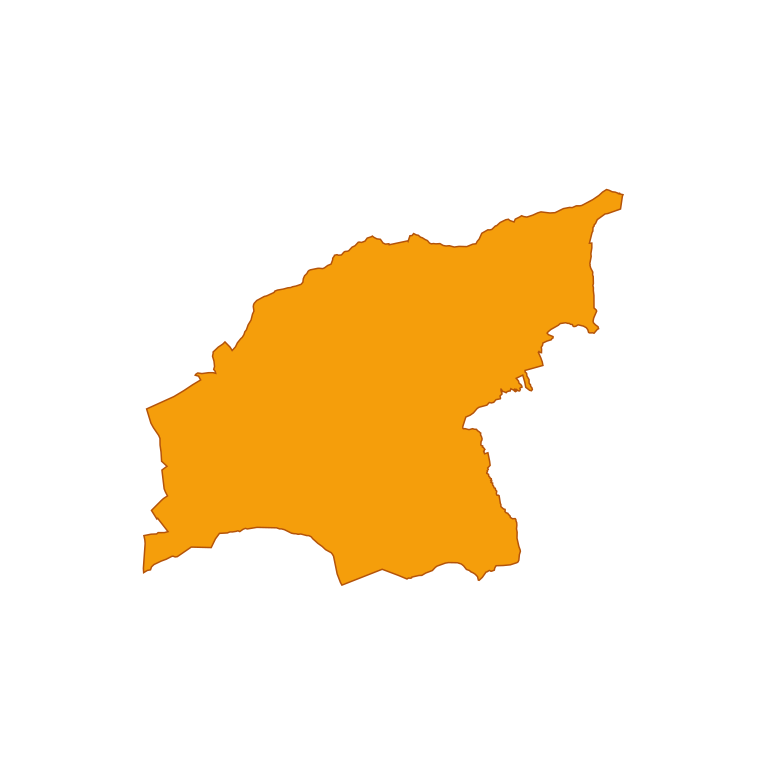 Francesti, Vâlcea, Romania, rotated 117°
{"feature_id": "2599482B2932687396004", "entity_name": "Francesti", "entity_type": "district", "adm_level": 2, "iso_a3": "ROU", "parent_name": "Romania", "parent_adm1": "Vâlcea", "projection": "albers", "projection_center": [24.139, 45.02], "detail": "fine", "context": "isolated", "style": "filled", "palette": "amber", "viewbox_px": 768, "rotation_deg": 117, "n_neighbors": 0, "source": "geoboundaries", "source_scale": "gbopen_adm2", "svg_char_len": 6171}
<svg xmlns="http://www.w3.org/2000/svg" viewBox="0 0 768 768"><g transform="rotate(117 384 384)"><path d="M661.2,512.5L657.5,510.2L655.6,507.7L652.4,508.1L649.3,507.0L642.9,502.1L639.0,498.5L633.9,494.8L633.2,493.8L632.9,491.6L631.7,489.8L616.8,481.7L608.2,463.7L598.6,463.9L591.8,462.8L587.8,455.9L585.8,454.2L584.7,452.0L582.4,448.8L581.1,447.5L581.0,445.5L577.4,443.6L575.6,442.0L575.2,440.0L569.4,432.1L560.9,414.4L560.5,411.2L559.7,409.8L559.0,406.6L558.9,398.7L558.3,396.4L557.4,394.5L556.9,392.3L555.4,390.0L554.1,383.9L553.2,382.1L553.2,379.4L554.2,377.3L556.0,370.6L556.8,365.3L558.1,360.9L558.3,354.4L559.1,352.7L560.3,350.8L574.5,339.5L580.7,332.6L582.3,330.2L549.9,301.5L548.0,284.3L547.3,275.0L545.9,274.2L544.8,271.9L544.2,271.4L543.4,271.5L538.8,266.0L537.3,263.4L533.5,261.0L528.2,256.2L524.0,255.0L522.1,254.0L515.7,248.0L513.8,245.4L509.9,237.4L509.3,233.3L509.9,230.5L511.8,226.4L511.4,223.1L511.9,221.6L511.8,218.6L512.1,216.3L513.2,213.2L515.9,210.9L515.7,210.1L511.6,208.6L505.3,207.7L504.3,206.7L502.5,205.7L502.2,205.2L502.3,203.9L501.9,203.1L499.8,201.2L497.5,201.8L495.0,201.6L491.6,195.4L487.8,189.4L482.9,184.5L481.6,183.8L479.7,183.9L474.6,185.9L471.2,186.5L470.1,187.3L467.5,190.1L461.0,195.5L455.6,198.1L452.9,200.2L449.5,201.5L447.2,202.9L446.2,204.1L444.8,205.1L444.4,206.0L445.7,208.4L445.5,210.8L444.4,211.7L443.5,214.3L443.0,214.9L443.3,216.7L442.7,218.4L441.2,218.8L440.7,219.4L441.1,220.6L440.3,223.7L440.0,224.3L438.4,225.1L437.5,226.2L431.3,230.7L431.2,231.8L431.7,232.5L431.7,233.2L430.5,234.2L428.3,234.9L427.9,236.3L426.4,237.5L426.5,238.8L425.2,240.1L424.9,241.2L422.9,242.3L423.2,243.2L423.0,244.1L421.5,243.9L421.5,245.1L420.2,245.0L419.7,245.4L419.8,246.6L419.1,247.2L418.7,248.7L417.0,249.9L417.0,251.8L416.4,252.2L415.2,252.0L414.6,252.7L412.8,252.3L411.8,253.5L408.3,252.5L404.9,254.8L398.1,260.2L400.5,262.7L398.7,264.7L398.1,264.3L397.5,264.7L396.5,264.4L395.3,267.0L395.5,267.6L394.4,268.0L394.6,269.5L394.1,270.2L391.1,271.4L389.5,271.3L388.2,271.8L386.3,273.6L385.9,274.6L383.8,275.6L383.9,276.1L383.4,277.3L383.1,279.5L382.4,281.0L383.3,283.0L383.6,284.8L385.8,287.2L386.3,288.3L387.0,291.7L387.7,292.5L387.8,293.2L387.6,293.7L386.1,294.5L376.3,296.1L372.7,293.1L369.1,291.2L363.6,289.9L361.6,288.8L356.1,282.7L352.7,281.8L352.1,279.7L350.5,277.9L347.1,277.1L344.4,273.7L343.8,273.7L342.0,275.2L339.3,274.3L336.7,276.8L335.5,277.4L335.4,277.1L336.9,274.8L336.4,274.0L336.3,271.2L334.9,270.8L333.4,269.3L333.1,268.5L330.6,268.8L330.7,266.9L330.4,266.2L331.1,264.3L331.1,263.3L330.3,262.9L330.0,265.4L329.3,265.3L329.2,264.5L328.7,263.9L329.1,261.8L328.9,260.4L328.5,260.0L327.1,260.0L326.3,260.9L325.2,260.8L324.4,259.6L323.4,260.1L322.4,261.8L322.0,264.0L320.3,265.5L318.9,268.8L313.1,264.4L318.7,259.2L322.6,256.2L323.5,251.4L323.1,249.6L321.6,249.3L320.2,250.5L319.6,252.1L318.0,253.3L318.0,253.9L317.3,255.1L314.2,256.8L312.0,260.3L309.7,261.8L309.3,263.6L307.9,264.5L295.3,250.8L292.5,253.0L289.4,256.3L285.7,260.9L284.6,260.7L285.0,259.2L284.6,257.9L281.6,259.3L279.8,260.6L277.7,260.3L275.3,261.0L271.8,258.3L268.7,255.1L267.0,254.9L266.2,254.3L265.0,254.9L265.4,259.9L264.6,261.8L262.8,261.4L259.7,260.1L252.6,255.4L250.1,254.4L247.0,250.0L246.5,247.6L245.9,246.6L246.1,244.8L245.5,243.2L246.7,241.6L246.6,240.8L245.5,239.3L243.8,238.4L243.1,237.7L241.9,232.7L242.0,229.3L243.1,227.1L245.1,225.2L245.2,224.3L244.4,222.5L243.8,221.8L243.4,219.9L238.5,218.7L237.3,217.9L235.8,219.3L235.3,222.4L234.4,225.1L233.2,226.2L230.0,227.1L222.5,227.6L221.7,228.5L220.9,231.4L209.9,237.1L205.7,239.9L203.0,241.2L201.5,242.6L199.5,243.0L193.2,246.4L192.2,247.6L189.5,248.8L186.9,252.4L184.7,254.4L184.1,254.5L183.2,255.3L176.3,257.3L174.0,258.8L168.4,260.6L164.1,262.8L165.3,264.9L154.5,267.4L153.1,267.3L149.5,268.9L148.2,268.5L146.5,269.0L145.2,268.4L140.7,268.6L132.1,264.2L130.6,262.1L120.7,252.7L108.6,256.8L106.8,257.0L107.5,259.7L107.2,260.3L107.8,260.7L107.3,261.2L108.0,261.9L107.8,262.7L108.1,265.2L109.1,267.9L109.2,271.4L109.7,274.0L113.8,276.4L118.4,278.1L125.1,281.8L135.2,288.9L136.4,290.5L138.0,293.6L141.4,296.4L142.4,298.8L146.3,303.8L153.7,309.4L156.3,313.8L159.4,322.3L161.7,324.7L166.0,328.1L170.4,332.5L171.4,335.6L171.6,337.8L173.8,339.1L177.5,341.9L180.6,341.7L181.2,346.3L180.7,347.9L182.3,350.0L187.3,353.8L192.0,355.6L192.6,356.5L197.3,358.1L198.6,359.6L199.5,361.5L205.3,365.3L211.7,365.0L214.6,365.7L217.3,365.7L219.1,368.4L224.0,372.6L227.3,379.6L230.1,383.6L231.1,388.5L232.9,391.4L233.7,394.2L233.5,397.9L235.6,401.4L236.4,403.7L237.6,405.4L237.8,407.4L236.5,410.4L236.6,413.0L236.3,416.1L236.6,418.2L235.9,421.0L236.5,422.9L236.5,425.9L239.0,426.4L240.1,428.2L246.1,427.3L245.8,428.0L257.6,442.6L256.8,443.3L258.7,446.2L258.8,448.9L256.7,452.9L257.9,456.2L257.9,459.4L257.5,461.6L258.4,462.0L261.6,465.2L265.3,465.8L268.0,468.2L268.8,470.5L269.4,471.3L274.0,472.6L276.6,474.6L281.2,475.9L282.3,476.8L283.6,478.9L284.7,479.6L288.3,480.5L289.9,482.9L290.1,484.6L291.8,486.6L292.6,486.4L295.2,486.8L296.8,486.1L301.2,485.6L304.0,488.0L307.6,489.8L309.0,491.0L310.4,494.5L311.2,495.8L315.7,501.4L316.8,502.3L318.0,502.8L320.7,502.9L323.6,503.9L326.8,503.7L330.1,502.5L332.8,503.1L336.7,506.9L338.9,509.7L340.3,510.8L342.0,513.4L345.2,516.9L348.7,521.6L350.9,523.5L352.0,523.4L353.1,524.1L359.0,528.8L360.3,530.4L367.4,535.3L371.1,536.3L372.6,536.2L374.4,535.6L378.1,533.0L381.4,532.9L387.4,531.5L393.0,531.9L398.2,531.2L400.7,531.7L403.6,531.2L406.8,531.5L408.6,532.2L413.9,533.3L418.4,533.2L423.1,534.5L421.0,538.0L418.7,544.8L421.7,545.8L426.3,548.4L433.1,550.8L434.1,550.2L437.1,549.4L440.9,545.8L445.4,542.9L448.3,542.4L449.3,540.2L450.9,538.8L451.5,541.4L453.4,545.2L457.4,551.0L458.7,554.9L459.1,555.2L461.0,556.2L461.9,556.2L461.2,552.8L463.6,549.2L471.6,554.2L480.7,559.3L490.6,565.5L514.0,584.2L524.7,573.9L527.6,569.6L532.1,561.4L534.2,558.9L540.1,555.8L545.8,551.8L553.8,547.1L555.8,540.0L561.5,542.8L577.2,532.3L579.3,529.9L582.0,526.1L586.2,528.5L588.8,529.5L602.2,533.8L607.4,525.1L606.4,524.7L613.6,509.4L616.1,512.2L619.0,517.8L620.8,518.5L623.6,523.4L628.1,529.1L631.4,526.4L634.6,524.4L657.5,514.7L661.2,512.5Z" fill="#f59e0b" stroke="#b45309" stroke-width="1.5"/></g></svg>